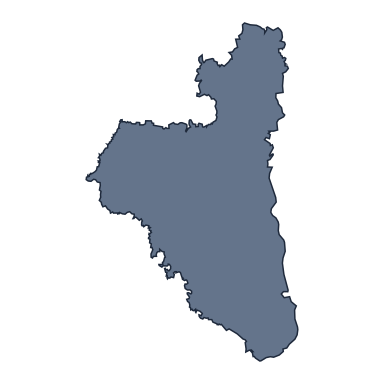 Sirajganj, Rajshahi, Bangladesh
{"feature_id": "16705992B55394931042500", "entity_name": "Sirajganj", "entity_type": "district", "adm_level": 2, "iso_a3": "BGD", "parent_name": "Bangladesh", "parent_adm1": "Rajshahi", "projection": "natural_earth1", "projection_center": [89.578, 24.399], "detail": "fine", "context": "isolated", "style": "filled", "palette": "slate", "viewbox_px": 384, "rotation_deg": 0, "n_neighbors": 0, "source": "geoboundaries", "source_scale": "gbopen_adm2", "svg_char_len": 5992}
<svg xmlns="http://www.w3.org/2000/svg" viewBox="0 0 384 384"><path d="M119.8,121.5L120.7,121.9L119.3,124.0L118.7,127.5L119.3,128.2L118.3,128.4L117.3,129.5L116.6,132.3L115.1,133.2L115.0,134.7L113.3,134.5L113.7,136.8L111.9,137.5L112.9,139.0L111.3,140.0L111.4,141.3L109.6,142.1L109.8,143.2L108.8,143.5L108.3,144.6L107.2,144.3L107.8,145.0L107.6,147.8L105.5,148.3L103.4,151.4L103.4,152.7L101.7,153.4L100.9,155.2L99.4,154.2L99.7,155.8L98.4,157.7L99.5,158.0L100.1,160.1L99.9,160.8L98.4,161.0L99.4,162.0L97.8,162.3L99.7,162.8L98.6,166.7L97.2,166.8L96.5,170.1L95.0,171.7L92.2,173.5L90.7,173.4L90.7,174.4L89.3,174.4L89.3,176.3L88.6,176.6L87.8,175.5L87.6,176.8L86.5,177.2L86.2,179.6L88.2,181.0L91.0,181.3L93.6,179.3L95.6,179.7L97.3,182.0L100.1,182.6L100.3,185.6L99.4,190.0L101.0,191.3L100.5,194.6L100.7,197.3L99.3,200.4L101.3,202.3L101.6,204.2L102.9,206.8L105.5,205.9L107.6,209.0L109.9,210.5L110.5,213.1L112.7,212.0L113.5,213.1L117.4,213.0L117.7,214.0L118.7,213.7L118.8,213.0L119.5,213.4L119.7,212.5L122.3,213.8L125.1,214.2L127.2,212.4L129.7,211.7L131.9,213.8L134.2,214.2L134.2,216.2L133.0,218.6L133.9,218.5L134.7,217.2L136.2,217.4L139.3,220.3L141.2,218.9L142.4,221.0L141.7,222.0L141.6,225.0L142.2,225.9L143.4,225.5L143.8,226.7L145.9,225.1L148.8,225.7L148.4,227.8L149.4,227.2L150.3,227.6L149.2,228.5L149.3,230.3L150.9,230.6L150.7,231.6L151.4,232.3L149.9,233.8L149.1,233.4L148.8,234.5L149.9,236.3L148.6,237.5L148.5,238.6L150.0,239.2L149.6,242.8L151.3,243.9L150.7,247.5L152.0,247.5L152.8,249.8L151.0,254.0L151.1,257.2L152.5,258.0L153.4,256.4L156.5,256.3L156.2,254.8L156.9,252.5L157.8,251.7L159.8,251.6L159.7,249.3L162.1,251.5L164.2,252.0L164.0,253.7L165.3,257.2L164.6,257.6L163.5,261.7L162.5,262.4L162.8,264.4L158.9,264.5L159.2,265.5L161.9,267.1L163.1,265.8L167.2,266.0L168.1,265.2L168.2,264.1L169.4,264.4L170.7,266.4L170.6,268.8L169.0,270.8L168.0,270.8L167.5,269.5L165.5,269.8L165.4,268.3L164.6,268.5L165.6,272.2L166.9,272.6L166.3,276.0L167.2,275.7L167.4,277.4L167.0,277.7L167.5,278.9L168.4,277.8L169.8,278.1L171.0,277.0L173.6,277.6L174.3,274.5L173.5,272.9L174.9,271.7L176.2,271.7L176.0,272.8L179.0,271.8L180.4,272.5L181.9,277.2L183.1,278.2L182.3,278.6L182.5,279.3L184.5,280.5L186.0,279.9L186.9,280.4L187.9,283.1L186.5,284.2L185.1,284.0L184.5,285.7L185.2,288.5L187.4,290.0L189.9,289.9L191.6,291.2L191.6,293.2L190.9,293.9L188.6,292.7L187.3,292.9L187.2,293.9L189.5,297.1L189.0,298.6L186.7,299.3L187.6,301.5L189.1,302.5L189.8,305.0L189.5,307.1L190.4,307.5L190.8,309.9L192.0,309.2L192.7,310.4L193.8,310.7L195.5,309.3L195.5,311.9L195.9,312.5L197.0,310.1L199.9,311.2L202.3,313.4L201.2,315.6L199.0,314.8L199.2,316.4L200.5,318.1L202.8,319.0L204.0,317.5L206.2,318.2L208.1,318.0L208.5,319.6L211.8,319.6L212.9,322.1L217.1,323.9L217.1,324.6L218.4,324.8L219.1,324.0L220.2,324.8L221.4,324.4L226.4,330.4L229.1,328.9L237.3,333.9L243.0,339.0L245.2,339.8L246.4,341.4L245.2,342.6L246.1,349.0L245.8,352.0L249.1,350.3L251.4,350.0L252.8,351.5L251.0,351.4L252.4,352.9L253.1,356.6L254.3,356.5L255.5,358.1L259.8,361.0L261.0,360.8L266.2,357.6L270.3,356.7L273.7,357.2L279.3,355.0L283.3,351.5L283.0,349.0L286.8,348.0L289.3,344.2L294.9,339.2L297.1,334.9L297.8,329.7L297.5,327.0L294.9,319.0L294.6,310.0L296.3,305.9L291.2,301.7L289.6,296.7L284.2,297.7L281.3,294.0L283.5,291.6L287.8,291.7L288.1,290.1L283.9,274.4L282.4,263.1L283.0,258.0L285.2,251.3L284.5,242.3L283.7,240.0L279.2,234.7L278.3,230.7L278.7,224.5L278.2,222.0L275.9,217.9L272.6,215.5L270.8,212.3L271.4,208.6L276.2,202.1L275.7,197.5L269.1,178.1L269.6,173.4L272.2,167.2L267.5,167.0L267.9,164.0L267.5,160.5L270.0,159.5L273.1,155.1L273.2,154.2L272.4,154.0L269.9,156.2L269.4,155.1L273.3,147.8L272.3,144.8L270.4,145.5L270.1,143.5L264.5,139.7L266.1,137.5L269.4,138.7L270.3,134.7L268.3,133.3L269.8,132.3L268.9,131.2L273.7,131.1L277.6,130.0L276.8,122.4L278.4,119.6L283.6,116.8L284.7,115.0L282.5,112.8L281.5,107.6L278.4,104.1L277.7,101.0L275.8,97.7L276.0,93.5L283.1,92.4L282.5,85.9L283.3,76.3L282.5,73.4L285.7,71.8L288.3,68.5L287.4,66.2L285.0,65.8L285.0,64.2L286.0,64.0L284.9,63.3L284.1,61.4L285.3,60.4L285.8,58.4L284.5,57.5L282.5,58.1L282.1,56.0L280.9,55.4L280.3,53.0L278.9,52.6L278.6,49.0L281.4,48.5L282.5,49.3L282.8,48.2L284.0,47.8L285.2,44.4L284.5,42.3L280.2,40.9L281.6,39.7L282.4,37.1L281.8,32.3L280.4,30.0L278.0,27.8L273.2,30.4L267.5,27.0L266.4,27.6L266.8,29.7L264.7,33.0L264.8,31.0L264.0,29.1L262.4,28.8L260.1,26.9L256.5,25.3L250.3,24.8L244.5,23.0L242.5,24.8L242.9,29.8L241.9,33.4L238.7,35.9L239.8,39.1L235.7,39.2L237.6,47.4L234.7,48.8L232.5,51.9L229.0,52.5L231.6,55.3L232.1,59.1L230.7,59.0L228.8,61.9L224.2,66.2L221.7,64.7L220.4,66.1L220.5,65.3L219.8,65.4L219.8,66.9L219.3,65.2L218.1,65.5L217.1,63.5L217.3,62.2L214.1,61.0L213.5,59.0L212.3,58.6L205.8,60.2L204.3,62.5L203.6,62.6L202.5,60.2L202.1,55.0L199.0,57.6L198.8,60.3L200.1,62.9L201.5,63.2L201.5,64.5L200.0,66.5L200.0,68.6L198.3,68.6L197.1,69.7L196.9,71.5L197.9,72.2L198.7,74.0L197.1,75.2L195.1,80.2L196.2,81.2L200.1,81.0L201.1,80.1L201.5,80.6L199.5,83.3L198.6,85.8L200.5,92.2L199.2,94.1L197.1,93.2L196.8,96.0L199.6,96.7L204.4,94.3L207.0,95.6L208.6,94.7L210.9,97.3L211.4,99.0L213.8,98.7L216.3,101.4L216.1,104.2L215.1,106.1L216.9,111.0L216.8,113.5L216.0,115.0L217.0,117.0L215.9,120.5L213.1,122.1L212.2,123.9L211.3,123.2L210.6,124.5L208.4,124.5L207.5,125.7L206.8,125.5L206.5,126.8L206.0,125.9L203.8,127.1L202.6,126.8L202.2,124.2L199.0,123.3L198.1,124.6L198.3,126.5L195.8,126.7L195.7,124.3L193.0,124.0L190.9,120.0L190.0,119.8L189.3,120.6L189.0,123.4L189.3,125.1L190.6,127.0L188.4,128.3L186.1,131.7L185.6,131.0L186.9,128.0L186.9,125.0L186.0,124.1L181.9,122.7L180.1,122.8L177.9,124.4L174.8,123.9L173.5,122.6L168.8,124.9L169.0,128.4L166.9,128.4L165.9,127.6L164.0,129.0L162.8,128.5L162.6,126.9L153.5,125.3L153.6,123.3L152.1,123.1L151.3,120.9L145.7,120.8L145.4,123.8L143.3,124.9L139.8,124.9L139.7,122.7L139.2,122.5L136.4,122.4L135.7,123.9L133.9,123.9L131.8,123.7L130.3,122.1L128.6,122.6L127.7,121.7L126.4,122.7L124.8,121.7L122.2,121.8L122.1,119.7L120.7,119.9L119.8,121.5Z" fill="#64748b" stroke="#1e293b" stroke-width="1.5"/></svg>